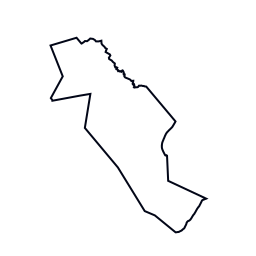 the district of San Jose, Copán, Honduras, rotated 50°
{"feature_id": "27666195B88846849027409", "entity_name": "San Jose", "entity_type": "district", "adm_level": 2, "iso_a3": "HND", "parent_name": "Honduras", "parent_adm1": "Copán", "projection": "robinson", "projection_center": [-88.677, 14.914], "detail": "fine", "context": "isolated", "style": "outline", "palette": "ink", "viewbox_px": 256, "rotation_deg": 50, "n_neighbors": 0, "source": "geoboundaries", "source_scale": "gbopen_adm2", "svg_char_len": 4182}
<svg xmlns="http://www.w3.org/2000/svg" viewBox="0 0 256 256"><g transform="rotate(50 128 128)"><path d="M238.5,158.6L238.6,158.4L238.9,158.1L239.3,157.4L239.7,156.7L239.9,156.5L240.0,156.3L240.2,156.0L240.2,155.9L240.3,155.8L240.4,155.2L240.5,154.7L240.7,153.9L240.8,153.6L240.9,153.4L240.9,153.2L240.9,152.9L241.0,152.7L241.0,152.4L241.0,152.2L240.9,152.1L240.9,151.9L240.9,151.7L240.9,151.4L240.9,151.1L240.9,150.9L240.9,150.6L240.9,150.2L241.0,149.9L241.0,149.6L240.9,149.4L240.9,149.2L240.8,148.9L240.7,148.7L240.6,148.4L240.4,148.2L240.3,147.8L240.2,147.7L240.1,147.4L240.0,147.2L239.8,146.7L239.6,146.3L239.5,145.9L239.4,145.7L239.2,145.4L239.1,145.2L238.9,144.8L238.8,144.7L238.7,144.6L238.5,144.3L238.4,144.2L238.3,143.9L238.2,143.8L238.2,143.6L238.1,143.4L238.0,143.1L237.9,142.9L237.9,142.6L237.9,142.4L237.9,142.2L237.9,141.9L237.9,141.7L238.0,141.6L238.0,141.4L238.1,141.2L238.2,140.9L238.3,140.7L238.3,140.4L238.3,140.2L238.3,139.9L238.3,139.6L238.3,139.4L238.3,139.2L238.2,139.0L238.2,138.9L238.2,138.7L238.1,138.4L237.9,137.8L237.7,137.0L237.5,136.5L237.3,136.0L237.0,135.0L236.8,134.6L236.8,134.4L236.7,134.2L236.6,133.8L236.6,133.7L236.6,133.4L236.5,133.1L236.5,132.9L236.4,132.6L236.4,132.3L236.3,132.1L236.1,131.7L236.0,131.3L235.8,130.8L235.7,130.4L235.5,129.9L235.2,129.2L235.0,128.6L234.7,127.9L234.6,127.6L234.5,127.3L234.3,126.8L234.2,126.3L234.1,125.9L233.9,125.4L233.9,125.2L233.8,124.9L233.8,124.7L233.8,124.4L233.8,124.2L233.7,124.0L233.7,123.9L233.6,123.6L233.5,123.3L233.3,123.0L233.1,122.4L232.8,121.7L231.9,119.6L231.7,119.2L231.4,118.6L231.3,118.3L231.2,118.1L231.2,117.9L231.1,117.7L231.1,117.4L231.2,117.2L231.2,116.8L231.3,116.7L231.5,116.0L231.7,115.6L231.8,115.1L232.1,114.3L232.3,113.9L232.4,113.5L194.3,131.2L174.3,115.9L174.2,115.9L174.1,116.0L173.9,116.0L173.7,116.1L173.4,116.2L173.4,116.3L173.4,116.5L173.3,116.8L173.2,116.9L173.0,117.0L172.9,117.0L172.7,117.0L172.1,116.9L171.6,116.8L171.2,116.7L170.8,116.6L170.3,116.5L168.6,116.1L167.6,115.8L166.6,115.5L166.4,115.4L166.1,115.3L165.9,115.2L165.7,115.1L165.4,115.0L165.3,114.9L165.1,114.8L164.9,114.7L164.6,114.5L164.5,114.4L164.3,114.3L164.2,114.2L163.9,113.9L163.7,113.8L163.6,113.7L163.4,113.5L163.3,113.4L163.1,113.3L163.0,113.1L162.8,113.0L162.3,112.4L162.0,112.1L161.7,111.7L161.4,111.4L161.3,111.2L161.1,110.9L161.0,110.7L160.9,110.6L160.5,109.9L160.2,109.2L159.5,108.0L158.9,106.7L158.3,105.6L157.7,104.5L157.5,103.9L157.2,103.4L157.1,103.2L157.0,102.9L156.9,102.6L156.8,102.3L156.8,102.2L156.7,102.0L156.7,101.9L156.6,101.7L156.5,101.4L156.5,101.2L156.4,100.9L156.4,100.7L156.3,100.3L156.3,100.1L156.3,99.8L156.3,99.6L156.1,98.4L156.0,96.7L155.9,95.5L155.8,94.2L155.7,93.8L155.7,93.5L155.7,93.4L155.6,93.2L155.3,92.3L155.0,91.4L154.6,90.3L154.2,89.1L154.0,88.7L153.9,88.3L153.5,87.4L108.0,87.4L106.6,88.7L106.0,88.8L105.5,89.5L104.9,90.0L104.3,90.3L103.8,90.9L103.4,91.6L102.9,92.0L102.6,92.5L102.9,93.3L103.0,93.8L102.8,94.6L102.0,95.6L101.6,96.1L101.4,96.8L100.8,97.3L100.5,97.3L100.4,96.8L100.3,96.5L99.9,96.0L99.5,96.0L98.9,96.1L98.8,95.9L98.6,95.3L98.2,95.2L98.0,95.5L97.6,96.1L97.2,96.1L96.9,95.8L96.5,95.4L96.2,94.6L95.2,93.6L94.8,94.2L94.2,95.2L93.3,95.2L92.6,95.2L91.9,95.4L91.1,95.8L90.3,96.2L89.5,96.6L88.6,97.1L87.6,97.6L86.7,97.7L85.9,97.5L85.8,97.2L85.3,96.5L84.7,96.0L84.3,96.1L84.3,96.5L84.1,96.8L83.7,96.6L83.2,96.1L82.7,95.5L82.3,95.4L81.8,95.3L81.1,95.1L80.4,95.1L80.2,95.7L80.6,96.3L80.8,96.8L80.7,97.1L80.1,97.2L79.5,97.3L79.3,97.6L79.2,97.8L79.2,98.1L78.9,98.2L78.4,98.2L78.0,98.3L78.0,99.0L77.8,99.0L77.4,98.7L76.6,98.4L76.1,98.5L75.9,98.8L75.6,99.1L75.2,99.1L75.0,98.7L75.0,98.1L74.8,97.5L74.4,97.7L74.3,97.8L73.9,98.0L73.7,98.0L73.4,98.1L73.3,98.5L73.2,98.7L72.6,98.5L71.5,98.1L70.1,96.6L67.7,97.1L65.8,97.1L63.1,98.1L61.9,97.5L61.1,94.9L60.0,94.6L55.4,96.3L54.6,95.1L53.8,93.4L52.0,94.0L50.8,93.8L47.8,94.2L46.3,94.0L44.0,92.3L42.8,94.8L41.0,96.9L39.5,96.8L37.3,97.5L35.2,99.4L35.3,101.4L35.2,103.5L33.7,105.1L33.8,106.5L33.5,109.3L33.3,109.4L25.8,109.4L15.0,134.3L46.5,144.8L55.5,167.9L57.9,168.0L58.5,168.4L72.5,143.7L77.7,134.9L100.2,161.0L151.7,161.1L202.4,168.6L212.2,163.6L238.5,158.6Z" fill="none" stroke="#020617" stroke-width="2"/></g></svg>